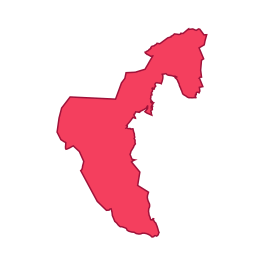 San Ildefonso Villa Alta, Oaxaca, Mexico (Mercator projection), rotated 186°
{"feature_id": "50627088B33272492236803", "entity_name": "San Ildefonso Villa Alta", "entity_type": "district", "adm_level": 2, "iso_a3": "MEX", "parent_name": "Mexico", "parent_adm1": "Oaxaca", "projection": "mercator", "projection_center": [-96.154, 17.373], "detail": "fine", "context": "isolated", "style": "filled", "palette": "rose", "viewbox_px": 256, "rotation_deg": 186, "n_neighbors": 0, "source": "geoboundaries", "source_scale": "gbopen_adm2", "svg_char_len": 5162}
<svg xmlns="http://www.w3.org/2000/svg" viewBox="0 0 256 256"><g transform="rotate(186 128 128)"><path d="M63.6,165.5L64.0,166.0L64.4,166.6L64.4,167.7L64.3,168.3L63.6,168.3L63.7,169.0L63.7,170.2L63.4,170.6L62.2,170.9L61.0,170.4L60.4,172.3L61.3,175.9L57.9,177.0L62.2,185.1L62.3,185.1L61.6,186.1L60.2,186.3L61.8,193.1L62.0,203.1L60.0,204.7L65.7,215.1L60.9,218.7L60.5,222.8L59.5,229.0L62.2,228.6L66.9,233.7L68.2,233.9L70.3,232.3L71.1,232.4L73.9,233.3L77.8,232.4L78.0,233.0L78.5,232.6L83.1,227.8L85.4,227.7L85.5,226.9L87.0,226.3L89.2,226.4L91.7,226.4L93.2,224.7L94.7,223.7L94.6,223.3L95.5,222.8L97.9,221.8L100.4,219.5L105.2,215.1L108.0,215.3L108.6,214.2L110.0,213.2L110.4,212.6L112.8,211.7L113.7,210.5L113.5,209.9L114.4,208.7L114.6,208.8L115.0,208.5L115.5,207.8L115.9,207.2L116.7,206.6L117.1,206.4L117.8,206.0L118.0,205.7L118.4,205.2L118.9,205.1L118.6,204.5L118.3,204.2L117.1,203.6L116.8,203.2L116.5,203.2L115.3,202.8L113.7,202.1L112.8,201.7L111.4,202.0L111.2,202.2L110.9,202.2L113.1,197.4L113.9,195.6L115.0,193.0L116.1,190.7L117.1,188.3L117.4,188.1L120.3,186.9L122.9,185.8L126.4,184.3L128.0,184.0L135.7,182.8L136.3,177.0L139.2,172.1L140.7,166.0L143.4,155.4L188.8,152.8L196.1,140.9L197.6,130.7L198.1,116.5L193.5,109.4L190.1,107.7L188.4,107.0L188.3,106.2L188.2,104.5L188.2,102.8L187.9,101.0L187.4,100.4L186.3,100.8L184.9,101.6L183.2,102.7L182.0,103.6L180.5,104.5L180.4,104.4L173.9,99.5L168.5,90.2L168.6,89.7L168.7,88.2L169.0,86.6L169.2,85.1L169.2,83.7L169.4,82.8L169.6,81.8L170.0,81.3L170.6,80.7L161.0,66.6L150.9,51.8L140.9,43.9L140.7,43.9L139.7,44.1L138.2,44.4L137.6,45.4L136.4,45.9L135.2,42.9L134.8,41.2L134.4,39.3L133.3,37.3L131.4,33.8L129.3,32.3L127.7,30.6L126.1,29.4L125.3,29.0L123.7,29.2L120.1,28.3L119.1,27.9L118.1,26.2L116.2,25.4L113.3,24.9L111.1,25.0L108.8,23.9L106.0,23.7L104.1,24.1L103.0,24.8L100.8,25.1L98.6,24.9L96.8,24.4L94.7,23.6L92.7,22.1L91.1,22.6L90.3,23.7L89.4,23.8L88.2,23.5L87.4,24.2L86.8,25.0L86.6,26.2L86.2,27.4L86.8,28.3L87.3,29.6L88.1,31.6L88.7,33.0L89.6,34.7L90.1,35.6L90.3,36.2L91.5,37.1L92.4,38.2L93.2,39.4L93.0,40.4L93.6,40.5L94.1,39.7L94.5,39.0L95.2,39.2L95.6,39.1L96.0,39.4L96.8,41.5L97.9,43.5L98.2,44.7L98.7,46.6L98.9,47.2L98.9,50.2L98.5,51.0L98.3,52.5L98.5,54.0L98.9,55.1L99.4,55.8L99.8,56.6L100.3,57.4L100.7,58.4L101.1,59.2L101.2,59.9L101.4,60.2L101.5,61.0L101.6,61.5L101.5,61.9L101.6,62.7L100.9,66.3L112.4,71.9L111.6,85.4L121.0,94.6L120.2,95.4L119.5,96.0L118.1,96.9L117.9,97.0L119.3,97.1L119.7,97.2L119.9,97.3L120.6,97.2L120.8,97.4L123.3,102.1L122.8,103.3L122.7,105.0L122.1,106.2L120.4,109.8L120.2,111.0L119.0,113.0L119.5,114.2L119.7,116.7L120.8,118.2L120.3,119.5L120.8,121.0L121.0,121.6L121.0,122.6L122.0,124.8L122.6,126.5L123.0,127.7L124.1,127.5L125.1,127.2L125.6,127.6L126.0,127.8L126.3,127.7L127.0,127.5L127.4,127.5L128.1,127.5L128.6,127.8L129.1,128.0L129.7,127.8L128.8,129.5L128.9,130.1L129.7,130.3L126.3,135.4L124.2,139.0L121.6,138.5L121.7,139.0L123.0,140.6L123.4,141.6L123.5,142.2L122.9,142.5L122.0,144.9L121.3,144.8L120.6,144.9L119.3,144.8L118.4,144.7L118.0,145.0L118.2,145.4L117.7,145.7L116.8,146.3L114.3,147.9L112.0,149.6L110.7,152.5L110.6,149.2L112.9,146.0L110.7,144.8L105.7,143.3L105.9,143.8L106.1,144.1L106.4,145.2L106.4,145.5L106.5,146.0L106.8,146.7L107.1,147.1L107.1,147.5L106.9,148.0L106.3,148.4L105.7,148.8L105.8,149.5L106.1,150.9L105.8,151.8L105.6,152.8L107.0,150.9L107.1,151.8L106.6,153.2L105.9,154.2L105.6,155.2L105.2,155.7L106.1,155.8L106.4,156.7L107.0,157.1L107.4,156.5L107.4,155.6L107.8,155.8L108.0,156.6L107.8,157.8L108.2,158.5L108.7,159.3L108.5,160.5L108.6,161.9L108.6,163.0L108.4,163.2L108.3,163.3L108.2,163.4L108.1,163.5L107.9,163.4L107.7,163.4L107.7,163.7L107.7,163.9L107.8,164.1L107.8,164.3L108.0,164.6L108.3,164.8L108.4,165.1L108.4,165.3L108.4,165.6L108.4,165.8L108.3,166.0L108.1,166.3L107.9,166.5L107.7,166.7L107.6,166.8L107.6,167.0L107.6,167.6L107.6,167.9L107.6,168.1L107.6,168.3L107.6,168.5L107.7,168.8L107.7,169.0L107.8,169.2L107.8,169.4L107.8,169.5L108.0,169.8L108.2,170.2L108.2,170.3L108.3,170.3L108.3,170.5L108.5,170.7L108.3,170.5L108.2,170.4L108.0,170.2L107.9,170.2L107.7,169.9L107.4,169.8L107.2,169.8L107.2,169.7L107.0,169.4L106.9,169.4L106.7,169.3L106.3,169.3L106.2,169.3L106.0,169.5L106.0,169.9L106.0,170.0L105.9,170.3L105.9,170.6L105.9,171.0L106.0,171.1L105.9,171.2L105.9,171.3L105.5,171.5L105.3,171.8L105.2,171.9L105.2,172.0L105.0,172.3L104.9,172.4L104.8,172.5L105.0,172.9L105.2,173.1L105.6,173.7L105.7,173.9L105.8,174.2L105.7,174.5L105.3,175.4L104.9,175.7L104.1,176.1L103.3,176.0L102.8,175.9L101.9,176.0L101.4,175.9L100.9,175.9L100.4,175.8L100.1,175.8L99.6,175.5L99.4,176.2L99.0,177.8L98.8,179.2L98.6,180.5L98.6,181.9L98.8,183.7L99.6,185.0L99.1,185.2L98.0,185.4L96.0,186.0L94.5,185.0L93.5,184.8L92.9,184.7L92.0,184.7L91.5,184.6L91.0,184.8L89.8,184.6L89.0,184.5L88.0,184.2L86.7,184.4L86.2,184.3L85.0,183.8L85.6,183.4L86.4,183.0L86.1,182.7L85.2,182.1L84.2,181.2L83.3,179.7L82.7,178.5L81.9,177.4L81.5,176.1L81.0,175.0L80.4,174.0L79.9,173.2L79.3,171.9L78.4,170.4L77.9,169.3L77.5,168.4L76.9,167.5L76.4,167.1L75.2,166.5L74.0,166.0L72.3,165.0L70.9,164.5L69.5,164.6L68.1,164.7L66.7,164.8L65.7,165.1L64.7,165.2L63.7,165.2L63.6,165.5Z" fill="#f43f5e" stroke="#9f1239" stroke-width="1.5"/></g></svg>